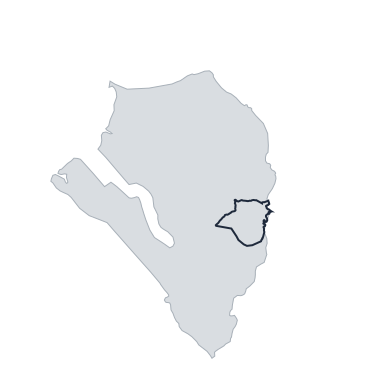 location of Kanel, Matam, Senegal, rotated 48°
{"feature_id": "50182788B72122084264725", "entity_name": "Kanel", "entity_type": "district", "adm_level": 2, "iso_a3": "SEN", "parent_name": "Senegal", "parent_adm1": "Matam", "projection": "albers", "projection_center": [-13.164, 15.01], "detail": "medium", "context": "in_parent", "style": "outline", "palette": "slate", "viewbox_px": 384, "rotation_deg": 48, "n_neighbors": 0, "source": "geoboundaries", "source_scale": "gbopen_adm2", "svg_char_len": 4852}
<svg xmlns="http://www.w3.org/2000/svg" viewBox="0 0 384 384"><g transform="rotate(48 192 192)"><path d="M288.4,178.1L292.6,185.5L291.7,189.0L290.8,194.2L293.2,197.9L296.0,200.4L298.0,202.6L300.2,205.7L300.6,211.9L300.2,216.4L301.6,218.4L302.9,221.0L302.6,223.1L301.8,225.0L299.2,227.5L298.8,232.1L303.1,237.7L305.9,240.7L305.9,242.5L306.7,244.4L308.8,246.6L310.1,246.1L311.4,244.3L312.1,243.0L315.8,243.5L317.6,244.1L320.0,247.7L320.9,250.2L321.5,253.2L324.0,257.0L326.2,259.7L326.7,261.4L328.7,263.7L327.5,268.7L327.7,271.3L326.4,278.1L326.1,281.4L326.2,282.5L329.2,284.9L328.9,288.4L325.9,287.8L320.6,287.4L310.1,289.3L306.5,288.6L299.6,288.9L294.7,289.9L288.4,292.1L283.5,291.6L280.9,289.8L277.5,290.0L273.6,289.0L269.4,287.3L265.6,286.5L261.5,283.4L259.6,282.8L258.3,283.6L257.2,284.7L256.0,285.3L253.8,284.8L252.9,282.6L253.6,280.6L253.8,279.0L252.8,278.2L250.3,277.9L246.3,277.9L239.8,277.2L238.3,276.8L223.8,276.3L208.7,276.2L195.9,276.1L179.8,275.9L168.5,275.8L157.9,275.6L149.7,279.7L140.8,284.2L128.9,286.4L115.2,285.4L110.8,285.9L106.3,287.9L102.9,289.3L98.2,290.1L92.1,289.3L89.6,289.7L88.1,287.6L86.5,284.2L87.6,281.8L91.3,280.3L97.0,278.3L99.9,279.4L101.6,279.5L101.9,278.2L101.4,277.5L97.2,275.6L95.0,273.2L93.2,274.6L91.6,277.4L90.3,278.3L88.4,279.1L87.3,277.1L86.9,275.2L87.8,273.7L87.5,265.4L88.1,260.9L87.9,257.1L90.5,254.6L93.1,253.0L102.8,253.0L111.9,253.0L120.6,253.2L129.5,253.4L130.5,245.7L133.3,245.1L137.6,244.3L145.4,243.5L154.2,242.7L156.1,241.2L157.6,238.6L158.5,236.3L160.3,235.4L162.7,236.1L165.9,237.4L169.3,239.3L173.1,241.0L175.6,242.2L181.7,244.9L192.1,248.8L200.7,250.4L211.1,247.6L218.6,245.9L219.5,242.5L218.3,239.3L212.8,236.3L205.2,236.6L202.9,237.4L199.3,238.4L197.2,238.7L193.6,238.0L189.1,235.4L186.3,232.8L182.3,231.6L177.6,230.3L170.0,224.9L166.1,223.9L162.3,223.6L155.1,224.6L148.1,227.4L144.3,233.8L137.3,233.7L122.3,233.3L108.6,232.9L97.2,233.2L96.2,228.5L93.5,224.7L89.2,221.4L88.3,218.4L89.8,215.9L94.1,213.8L95.1,212.3L92.9,212.5L89.5,213.8L87.3,213.8L87.1,209.7L83.5,204.4L79.5,195.4L74.9,191.6L71.0,184.3L67.0,181.4L63.2,180.1L60.0,180.3L58.7,183.6L54.8,178.7L60.3,177.1L72.2,171.4L86.0,154.5L98.4,134.5L100.0,129.7L101.5,126.1L102.6,117.8L104.4,112.9L106.1,112.0L108.2,108.3L110.7,101.7L113.6,98.0L116.7,97.4L119.1,97.7L120.8,99.1L125.9,100.0L134.3,100.4L140.8,99.5L145.4,97.3L151.5,96.2L158.9,96.2L162.9,95.3L163.3,93.4L164.3,92.8L165.8,93.6L167.3,93.3L168.7,92.0L170.0,91.9L171.4,93.1L177.6,93.5L188.8,93.1L199.1,96.6L208.5,104.1L213.4,109.0L213.6,111.5L215.2,114.0L218.0,116.5L220.6,117.0L223.0,115.4L224.8,115.6L226.2,117.5L228.9,117.9L231.9,116.8L234.0,117.2L234.4,118.3L234.9,118.9L236.3,119.2L238.3,120.7L241.0,124.6L243.3,130.1L245.0,137.2L247.3,141.0L250.1,141.6L251.8,143.1L252.1,144.8L252.9,145.9L254.3,146.5L256.7,146.2L259.5,148.5L262.5,153.7L263.0,156.1L262.5,157.3L262.7,158.2L264.7,159.1L266.6,160.8L268.2,163.3L271.5,165.6L276.7,167.6L280.4,170.5L282.7,174.4L287.4,177.7L288.4,178.1Z" fill="#d9dde1" stroke="#a8b0b8" stroke-width="1"/><path d="M273.0,169.3L270.1,165.0L268.9,164.4L267.5,163.0L265.9,162.3L265.7,161.7L266.1,160.7L265.7,159.7L265.2,159.4L264.7,159.4L264.3,159.5L263.6,160.1L263.3,160.1L263.1,160.0L262.9,159.3L262.5,158.8L261.4,158.2L261.2,157.8L261.1,157.3L261.3,157.1L261.7,157.0L262.0,157.1L262.5,157.6L263.2,157.7L263.8,156.9L263.9,156.3L263.3,154.9L261.8,153.9L260.5,153.7L259.7,153.4L259.0,152.7L258.9,152.4L259.0,150.2L259.7,149.5L259.8,149.1L259.5,148.8L258.6,149.0L258.3,148.7L258.3,147.3L258.2,146.9L258.3,146.5L258.9,146.2L259.5,146.5L259.5,146.3L259.2,146.1L259.3,146.0L258.6,146.2L258.4,146.3L258.1,146.2L257.6,146.4L256.6,146.5L256.1,146.7L255.7,147.1L254.6,147.3L253.8,147.2L252.9,146.7L252.1,146.5L251.9,146.3L251.9,146.0L252.1,145.1L252.6,144.1L252.6,143.5L252.3,143.0L252.6,142.8L252.6,142.6L251.4,141.9L249.8,141.3L250.0,141.5L249.9,141.5L249.5,141.2L248.0,145.1L247.7,145.3L247.5,145.7L247.1,146.0L246.7,146.9L246.8,147.3L247.2,147.6L241.1,149.7L240.6,150.4L239.0,151.7L238.2,153.1L238.0,154.1L237.0,155.0L236.7,155.9L236.2,156.4L235.8,157.0L235.2,157.3L235.0,157.6L234.0,158.4L233.0,159.4L232.1,160.1L231.7,160.2L231.1,160.7L230.4,163.0L230.1,163.9L229.0,164.6L227.3,164.8L226.9,164.9L226.6,165.3L226.6,165.7L226.8,165.9L228.0,166.2L228.4,166.5L228.8,167.3L229.1,167.7L230.0,167.9L231.2,168.6L231.7,169.4L232.2,169.6L233.0,170.8L234.7,171.9L234.8,172.2L234.8,172.7L234.7,173.2L233.6,175.1L233.3,175.9L233.4,177.4L233.0,178.5L233.1,178.8L232.7,180.7L231.9,181.4L231.4,182.4L231.2,183.0L231.8,184.3L231.5,186.2L231.9,188.8L231.9,190.4L232.5,192.8L232.6,193.7L232.5,195.2L232.6,196.5L232.8,196.6L233.3,196.7L245.5,187.2L254.8,188.6L258.7,189.6L265.5,188.6L268.8,187.2L271.9,182.8L274.8,173.7L274.1,172.5L274.1,171.9L273.9,171.2L273.6,171.0L273.7,170.7L273.5,170.3L273.2,170.1L273.0,169.3Z" fill="none" stroke="#1e293b" stroke-width="2"/></g></svg>